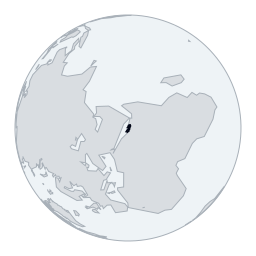 Semenawi Keyih Bahri on an orthographic globe, rotated 235°
{"feature_id": "ERI-1562", "entity_name": "Semenawi Keyih Bahri", "entity_type": "Region", "adm_level": 1, "iso_a3": "ERI", "parent_name": "Eritrea", "parent_adm1": "", "projection": "orthographic", "projection_center": [39.644, 16.17], "detail": "coarse", "context": "on_globe", "style": "filled", "palette": "ink", "viewbox_px": 256, "rotation_deg": 235, "n_neighbors": 0, "source": "natural_earth", "source_scale": "10m", "svg_char_len": 9854}
<svg xmlns="http://www.w3.org/2000/svg" viewBox="0 0 256 256"><g transform="rotate(235 128 128)"><circle cx="128" cy="128" r="113" fill="#eef3f6" stroke="#a8b0b8"/><path d="M100.2,18.9L99.8,19.0L100.2,18.9ZM98.0,19.4L99.0,19.2L101.4,18.6L102.8,18.3L102.4,18.5L99.3,19.2L99.0,19.2L97.9,19.6L96.4,19.9L96.9,19.9L93.1,21.0L96.3,20.2L92.8,21.4L90.5,22.0L91.5,21.5L90.5,21.8L98.0,19.4ZM73.5,29.4L76.6,27.8L77.6,27.3L81.7,25.4L80.2,26.3L76.5,28.3L73.1,30.1L71.3,31.1L74.0,30.2L66.8,34.5L60.9,39.5L59.2,40.8L57.0,41.5L58.7,39.3L57.0,40.6L65.0,34.6L73.5,29.4ZM56.2,41.2L56.9,40.9L52.4,44.6L51.3,45.7L51.1,46.1L52.4,45.1L50.7,46.7L49.1,47.6L50.7,46.1L51.1,45.7L51.9,44.9L51.9,45.0L56.2,41.2ZM15.7,119.2L15.7,119.5L15.4,124.9L15.4,126.8L15.7,119.2ZM15.4,127.7L15.4,129.4L15.4,131.3L17.3,139.1L19.8,146.4L20.7,153.1L20.5,158.6L24.9,173.2L25.1,173.8L22.1,166.5L19.7,159.0L17.8,151.3L16.4,143.5L15.6,135.6L15.4,127.7ZM82.2,25.1L81.9,25.3L81.3,25.5L82.2,25.1ZM84.3,24.2L83.7,24.4L84.6,24.0L84.9,23.9L84.3,24.2ZM88.4,22.5L90.3,21.9L84.7,24.1L86.2,23.4L88.4,22.5ZM102.3,18.3L99.7,19.0L102.2,18.3L102.3,18.3ZM114.7,16.1L114.2,16.2L111.3,16.6L109.1,17.0L110.4,16.8L103.6,18.0L104.3,17.9L114.7,16.1ZM150.9,17.7L150.7,17.7L149.9,17.5L150.9,17.7ZM103.5,18.2L104.4,17.9L107.6,17.3L106.5,17.7L105.8,17.8L103.5,18.2ZM119.1,15.7L119.9,15.7L114.5,16.2L115.4,16.1L119.1,15.7ZM104.9,18.0L105.9,18.0L104.1,18.5L103.0,18.4L104.9,18.0ZM108.9,17.1L110.3,16.8L109.2,17.1L108.9,17.1ZM98.1,20.6L99.0,20.1L100.7,19.7L98.1,20.6ZM106.4,17.9L107.0,17.8L107.8,17.6L108.1,17.7L106.4,17.9ZM114.8,16.2L114.2,16.4L116.9,16.0L113.3,16.6L114.8,16.5L111.9,16.8L114.8,16.2ZM110.7,17.5L106.2,18.3L104.1,19.2L102.5,19.5L106.1,18.1L110.7,17.5ZM111.7,17.0L110.7,17.3L109.2,17.5L108.9,17.3L111.7,17.0ZM118.1,16.2L119.1,15.8L119.9,15.8L118.1,16.2ZM110.4,17.7L111.5,17.5L110.5,17.7L110.4,17.7ZM116.1,16.6L116.4,16.4L117.2,16.3L116.1,16.6ZM113.5,17.3L112.1,17.5L111.8,17.4L113.5,17.3ZM115.0,16.9L116.0,16.9L112.6,17.2L114.9,16.9L115.0,16.9ZM116.9,16.5L117.4,16.4L116.6,16.6L116.9,16.5ZM115.3,17.9L111.0,18.3L110.5,17.9L114.7,17.5L115.3,17.9ZM174.0,25.2L175.7,26.0L174.3,25.3L176.0,26.2L179.6,28.0L180.2,28.2L184.6,31.7L192.7,37.9L192.9,37.0L195.5,38.6L204.9,46.5L214.5,59.7L218.2,63.3L220.2,66.1L220.8,68.3L218.0,64.3L216.3,63.4L214.6,60.9L214.7,63.7L212.3,60.4L213.5,64.5L215.9,66.9L216.7,65.4L218.8,70.8L223.0,74.8L226.3,80.7L228.9,93.0L227.2,98.0L227.7,100.1L225.6,98.5L225.0,103.3L230.8,113.5L231.4,116.9L229.4,124.7L228.9,122.2L223.3,118.0L223.9,126.3L228.2,131.6L229.7,139.0L227.1,137.6L225.4,131.2L223.4,129.5L222.8,122.3L218.9,112.6L216.2,115.6L215.3,111.4L209.6,104.0L205.1,108.1L198.6,121.2L199.5,132.1L196.5,137.5L188.4,123.2L185.1,113.1L181.9,114.6L173.8,106.9L158.9,107.9L157.1,105.4L154.2,106.9L148.5,104.6L145.7,100.3L142.1,100.8L149.7,112.0L153.5,111.5L157.0,106.8L158.4,110.9L163.9,114.2L157.0,124.8L135.4,134.9L133.7,126.8L119.3,104.7L120.0,102.2L119.9,101.9L119.8,101.4L118.1,105.4L115.7,101.1L122.9,116.5L124.0,123.2L135.0,135.4L133.9,136.7L137.6,139.1L149.9,135.5L149.9,138.2L143.8,151.0L127.1,168.1L129.6,179.0L128.8,188.1L119.0,194.0L120.5,200.8L115.5,203.0L115.6,206.7L111.9,210.4L105.6,213.7L94.2,212.9L93.0,209.6L86.5,202.7L77.3,185.6L79.7,178.1L78.5,171.9L70.3,157.0L72.0,149.4L69.9,145.8L65.6,146.0L63.3,141.6L60.7,141.1L45.0,140.9L40.7,134.5L36.4,116.9L39.5,111.1L40.7,103.7L62.7,82.6L66.6,84.8L83.0,83.9L85.0,85.1L82.2,90.6L93.8,98.8L98.6,94.4L110.0,98.9L118.1,99.1L122.5,88.5L109.2,88.0L107.7,82.8L119.1,78.8L130.8,79.7L130.6,77.8L123.9,73.2L127.3,69.8L121.6,71.4L123.4,73.5L119.9,74.7L118.1,72.9L119.4,71.7L116.0,70.7L110.8,77.4L112.0,80.2L102.8,81.0L104.0,85.8L101.3,87.9L98.3,80.6L99.1,78.0L92.9,70.1L91.2,72.8L96.9,80.6L94.8,79.8L92.5,84.1L92.6,80.3L86.8,71.6L79.0,72.5L67.8,82.1L63.5,82.4L60.5,79.7L65.8,69.2L74.8,69.8L76.8,66.6L76.1,61.6L78.9,62.4L79.7,60.6L83.2,60.8L89.3,56.9L93.0,56.9L96.4,51.7L98.8,51.2L96.1,54.3L96.2,56.6L105.6,57.2L107.7,56.2L109.2,52.9L111.6,53.7L111.8,50.5L117.7,49.7L110.7,48.2L112.2,44.9L116.3,42.7L115.6,41.4L108.8,45.2L107.3,47.0L108.0,48.9L102.7,54.2L99.2,54.9L100.0,48.7L95.2,49.2L97.9,44.6L114.4,36.6L120.8,35.5L129.1,40.1L127.0,41.9L123.0,41.1L125.7,44.7L126.0,43.0L128.0,43.8L129.9,41.3L131.4,41.8L130.7,38.7L132.8,39.1L133.2,41.0L137.9,38.1L142.5,38.4L142.8,37.5L141.8,36.5L148.3,37.9L148.2,37.2L146.1,36.5L144.7,34.8L144.6,32.4L146.8,33.0L147.1,33.9L151.2,37.0L151.7,39.7L152.6,39.7L152.7,37.5L147.8,33.8L147.1,32.2L149.8,33.7L148.7,33.1L149.1,32.5L151.5,32.6L148.7,30.9L149.7,25.2L154.5,25.2L156.8,26.9L159.8,24.6L165.1,25.5L163.1,24.8L163.2,23.6L161.6,23.3L160.6,22.9L160.2,20.8L161.8,21.0L159.4,19.9L158.4,19.6L157.0,19.3L154.1,18.4L164.2,21.3L174.0,25.2ZM54.3,94.1L53.5,96.2L53.5,96.3L54.3,94.1ZM142.8,86.5L150.1,86.8L147.6,80.3L150.2,80.0L148.3,78.0L147.3,79.8L143.0,74.5L146.4,72.6L145.9,69.9L143.4,69.8L137.8,74.2L144.0,81.6L142.1,84.3L142.8,86.5ZM52.5,44.5L52.0,45.2L51.6,45.5L52.5,44.5ZM53.5,45.7L50.8,48.3L52.4,46.5L51.3,47.1L53.4,44.4L58.4,41.3L55.8,43.1L53.5,45.7ZM57.6,40.4L55.7,42.1L57.6,40.3L57.6,40.4ZM80.7,51.4L81.6,52.7L79.7,54.6L75.0,55.5L77.6,52.7L80.7,51.4ZM83.2,54.1L85.3,48.2L88.3,47.6L86.2,48.9L88.0,49.1L85.2,51.2L86.0,56.9L84.4,59.0L76.6,59.0L80.0,57.7L79.0,56.4L83.2,54.1ZM85.3,36.9L86.2,35.2L91.5,36.2L90.0,37.7L85.2,38.5L84.2,37.2L85.3,36.9ZM88.8,23.0L88.8,22.9L89.7,22.6L90.4,22.5L88.8,23.0ZM98.4,20.4L89.6,23.7L89.2,23.6L84.6,26.1L81.7,26.8L84.8,25.1L79.1,27.8L80.7,26.6L77.0,28.5L84.2,24.7L85.4,23.9L85.1,24.4L87.8,23.6L89.3,23.1L94.4,21.1L98.4,19.6L101.6,18.8L102.9,18.8L102.4,19.0L100.4,19.3L101.3,19.5L98.1,20.2L98.4,20.4ZM115.6,22.6L113.5,22.2L114.6,24.0L111.4,24.1L111.7,24.3L109.1,25.0L106.5,26.3L105.1,26.2L104.7,26.8L102.9,27.4L101.9,28.2L99.1,28.4L97.6,29.5L97.2,29.0L95.3,30.9L95.4,29.6L93.2,30.5L94.2,31.3L82.0,32.0L76.8,33.8L72.3,36.1L73.2,34.1L78.0,30.8L84.4,27.5L89.3,26.3L88.9,25.8L91.1,25.1L90.5,25.8L92.7,24.4L94.4,24.1L100.1,22.1L102.2,20.6L104.4,20.1L104.4,20.5L106.5,19.6L108.0,20.1L109.6,19.8L112.6,20.1L111.7,21.4L113.6,21.0L116.0,21.4L115.6,22.6ZM116.1,18.0L115.7,19.2L113.8,19.9L109.3,19.1L107.7,19.3L104.7,19.2L107.6,18.2L108.1,18.3L109.4,18.2L108.0,18.5L110.0,18.2L110.9,18.4L112.7,18.2L112.1,18.6L116.1,18.0ZM87.7,83.2L89.2,83.6L91.8,83.5L90.4,86.4L87.7,83.2ZM83.6,77.3L85.1,77.1L84.4,80.7L82.7,80.5L83.6,77.3ZM86.5,74.0L85.2,76.8L84.9,75.1L86.5,74.0ZM97.5,54.0L99.2,53.7L99.2,54.5L98.0,55.6L97.5,54.0ZM118.2,29.3L117.3,28.6L117.9,28.3L118.1,26.5L120.5,26.4L121.3,27.5L118.2,29.3ZM119.9,90.3L117.2,92.3L116.2,91.2L117.3,90.8L119.9,90.3ZM102.9,89.4L106.5,90.9L102.5,90.1L102.9,89.4ZM120.8,28.9L120.6,28.1L121.9,28.6L120.8,28.9ZM122.3,26.3L123.9,26.7L120.8,26.2L122.3,26.3ZM164.4,227.3L165.1,228.0L163.4,228.3L164.4,227.3ZM148.4,186.1L141.2,201.8L135.8,202.0L134.6,197.6L137.1,188.2L143.3,185.3L146.3,180.8L148.4,186.1ZM237.2,151.7L237.6,151.5L237.5,152.0L237.2,151.7ZM236.7,150.7L237.5,150.0L236.4,151.9L236.7,150.7ZM237.7,149.8L238.4,148.0L238.7,146.9L238.6,148.0L237.7,149.8ZM236.2,151.2L231.9,153.9L229.9,153.7L230.7,151.6L233.9,150.3L236.2,151.2ZM230.5,151.6L227.1,148.1L220.6,135.3L223.0,134.7L229.4,141.5L229.1,143.2L231.1,146.3L230.5,151.6ZM237.7,137.9L237.3,142.9L235.2,144.0L234.1,144.0L233.4,138.3L233.8,134.9L234.8,134.4L237.2,121.7L238.3,123.5L237.9,128.6L238.7,132.1L237.7,137.9ZM200.1,133.0L202.9,139.0L201.1,140.4L200.1,133.0ZM237.1,113.5L236.8,119.0L236.7,112.1L237.1,113.5ZM236.4,107.4L236.9,109.6L236.1,107.7L236.4,107.4ZM228.7,103.2L227.7,104.3L227.2,102.7L228.1,100.4L228.7,103.2ZM228.8,85.8L230.7,90.4L231.2,92.0L229.8,89.5L228.8,85.8ZM140.8,29.5L137.8,31.9L137.3,34.0L139.4,35.7L135.1,34.6L136.0,31.2L140.8,29.5ZM148.4,25.5L146.5,24.4L148.1,24.4L148.8,24.7L148.4,25.5ZM146.6,25.1L142.8,24.6L142.3,23.7L145.4,24.3L146.6,25.1ZM131.7,26.2L130.7,26.8L129.7,26.4L131.7,26.2ZM218.3,195.3L218.2,195.4L220.5,192.0L225.1,183.5L225.4,183.4L228.1,177.3L232.8,169.0L236.6,157.8L234.1,165.8L231.0,173.6L227.3,181.1L223.1,188.4L218.3,195.3ZM239.3,145.3L238.2,150.6L239.2,145.9L239.3,145.1L239.3,145.3ZM240.4,135.4L240.3,136.7L240.2,136.0L240.4,135.4ZM240.4,135.2L240.4,135.4L240.5,134.2L240.5,134.3L240.4,135.2ZM239.1,132.7L239.3,135.4L240.0,132.6L239.4,136.0L239.5,140.4L239.3,142.4L239.2,137.7L238.7,143.4L238.3,143.7L238.5,139.2L239.0,133.1L239.3,130.3L240.3,127.7L239.1,132.7ZM240.6,130.5L240.5,127.3L240.5,124.8L240.6,126.4L240.6,130.5ZM239.8,119.8L239.0,116.5L238.7,118.6L238.7,111.9L239.6,116.1L239.8,119.8ZM238.3,111.7L238.1,113.7L238.0,109.9L238.3,111.7ZM237.8,112.5L237.2,109.9L237.6,109.8L237.8,112.5ZM238.5,111.6L237.6,106.9L238.3,109.3L238.5,111.6ZM235.6,104.1L237.4,107.5L236.0,106.9L233.5,98.3L233.9,97.5L235.6,104.1ZM222.6,68.0L221.2,65.9L220.9,65.0L222.0,66.7L222.6,68.0ZM218.5,61.0L220.3,64.1L221.5,67.1L222.2,67.8L224.5,71.7L222.1,68.7L219.7,64.0L219.2,62.5L216.9,59.4L215.2,56.9L212.2,53.4L210.8,51.7L213.3,54.5L218.5,61.0ZM207.0,47.7L209.4,50.2L209.0,49.9L210.9,52.0L205.1,46.1L205.5,46.3L206.8,47.5L207.0,47.7ZM203.8,44.8L203.3,44.6L193.8,37.3L191.9,36.0L199.4,41.0L201.7,43.1L203.8,44.8ZM151.9,18.0L150.8,17.7L151.6,17.9L151.9,18.0ZM159.7,22.7L158.6,22.2L159.6,22.2L159.7,22.7ZM156.0,20.8L155.6,21.1L155.1,20.6L156.0,20.8ZM155.1,22.0L155.1,21.1L156.4,22.4L155.1,22.0Z" fill="#d9dde1" stroke="#a8b0b8" stroke-width="1"/><path d="M125.3,125.3L126.1,124.4L126.8,126.0L127.3,128.5L127.6,128.7L127.6,129.3L127.9,129.3L128.1,130.1L128.3,130.1L128.2,129.5L128.4,129.3L128.8,129.6L128.7,129.8L129.0,130.3L129.2,130.5L129.4,130.3L129.7,130.3L129.8,130.8L129.4,131.6L129.0,131.4L128.5,131.4L128.2,131.3L127.4,130.0L126.8,129.3L126.4,128.6L125.9,128.4L125.9,127.9L125.5,127.2L125.0,127.0L124.9,125.3L125.1,125.4L125.3,125.3ZM129.2,128.9L129.4,129.2L128.6,129.1L128.6,128.9L128.8,129.0L128.5,128.8L128.7,128.7L128.9,128.7L129.0,129.0L129.2,128.9ZM128.8,128.1L128.9,128.4L128.7,128.3L128.8,128.1Z" fill="#0f172a" stroke="#020617" stroke-width="1.5"/></g></svg>